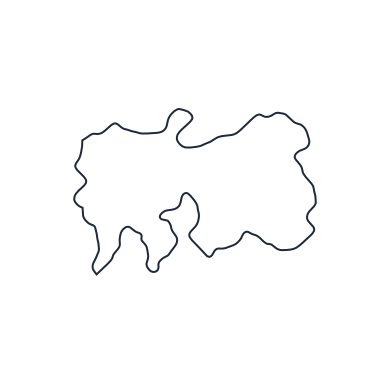 outline of Partido, Dajabón, Dominican Republic, rotated 227°
{"feature_id": "3306468B74633928052065", "entity_name": "Partido", "entity_type": "district", "adm_level": 2, "iso_a3": "DOM", "parent_name": "Dominican Republic", "parent_adm1": "Dajabón", "projection": "equal_earth", "projection_center": [-71.507, 19.499], "detail": "fine", "context": "isolated", "style": "outline", "palette": "slate", "viewbox_px": 384, "rotation_deg": 227, "n_neighbors": 0, "source": "geoboundaries", "source_scale": "gbopen_adm2", "svg_char_len": 4827}
<svg xmlns="http://www.w3.org/2000/svg" viewBox="0 0 384 384"><g transform="rotate(227 192 192)"><path d="M134.7,159.3L133.1,160.2L132.6,160.7L132.3,161.4L132.1,162.2L132.2,163.9L133.4,167.7L133.7,169.4L133.5,171.1L133.2,171.9L132.3,173.2L130.7,174.7L129.6,176.0L128.1,178.3L125.0,185.6L124.4,187.6L124.2,188.6L124.0,190.8L124.2,194.1L124.6,196.1L126.2,200.2L126.5,201.9L126.3,203.7L125.9,204.6L125.4,205.2L124.1,206.0L120.5,207.2L116.8,209.2L115.2,209.8L112.4,210.3L106.7,210.6L104.2,211.1L102.7,211.7L100.6,213.6L99.2,214.3L92.9,215.3L91.1,216.0L89.4,217.0L87.9,218.4L85.0,221.7L82.4,225.2L80.8,228.2L80.1,230.4L79.6,234.1L79.4,239.1L79.4,247.9L79.4,250.3L79.7,252.5L80.3,254.5L80.9,255.4L81.6,256.1L82.3,256.5L83.1,256.8L84.8,257.0L90.3,257.1L92.1,257.3L93.9,258.0L95.3,259.1L96.4,260.6L96.9,261.4L97.6,263.5L97.9,265.7L98.3,271.4L98.8,273.4L99.2,274.4L100.3,275.7L104.8,279.4L108.6,281.5L112.2,283.8L113.8,284.6L116.6,285.1L125.2,285.4L128.9,285.9L130.7,286.4L134.3,288.5L136.0,289.2L138.7,289.7L145.1,290.0L146.7,290.5L147.5,290.9L148.1,291.6L148.6,292.4L148.9,293.4L149.1,294.3L149.1,296.3L148.8,298.3L148.6,299.2L146.9,303.4L146.4,305.3L146.4,307.3L146.9,309.3L147.8,311.0L149.0,312.3L149.7,312.9L154.9,315.6L158.2,317.1L160.4,317.7L162.2,318.0L163.9,318.0L165.7,317.8L167.4,317.3L171.7,314.9L173.5,314.3L176.3,314.0L183.0,313.6L184.8,313.3L186.5,312.6L190.5,309.6L191.7,308.5L192.2,307.8L192.9,306.1L193.7,302.4L194.3,300.5L194.7,299.7L195.7,298.2L196.9,297.0L197.5,296.5L201.8,294.8L203.0,293.8L203.5,292.9L203.9,292.0L204.1,291.0L204.4,288.8L204.5,285.2L204.3,273.9L204.3,269.0L204.6,265.3L205.2,263.0L205.6,261.9L206.6,260.0L212.4,252.1L214.0,249.2L214.4,248.2L215.0,246.1L216.2,239.8L218.3,234.3L219.6,230.3L220.5,228.5L222.2,225.8L224.9,222.1L227.0,219.6L229.4,217.4L230.3,216.9L232.1,216.1L234.1,215.8L236.0,215.7L237.9,215.9L239.8,216.4L240.7,216.9L242.1,218.0L243.2,219.5L243.7,220.4L244.0,221.4L244.5,223.6L244.7,227.2L244.6,237.8L244.8,239.9L245.3,241.9L245.9,242.7L246.5,243.3L248.0,244.0L250.4,244.3L253.6,243.9L257.5,241.9L260.1,240.2L261.4,239.2L262.0,238.5L262.4,237.7L262.7,236.7L263.1,234.7L263.2,232.6L263.1,230.4L262.8,228.2L262.2,226.1L261.8,225.1L260.8,223.2L257.9,219.0L256.9,217.1L256.6,216.1L256.4,215.1L256.3,212.9L256.5,211.8L257.2,209.8L258.3,208.0L259.5,206.3L264.9,199.7L268.4,195.8L270.6,193.9L273.7,192.1L277.9,189.2L281.0,187.6L284.6,185.3L287.0,184.5L291.2,184.0L292.7,183.7L294.2,183.0L294.8,182.4L295.3,181.5L295.6,180.6L296.0,178.5L296.2,170.4L296.6,166.9L297.3,164.9L298.2,163.3L299.3,162.0L301.6,159.9L302.5,158.4L303.0,156.6L303.9,150.3L304.6,147.0L302.2,144.7L300.0,142.3L297.2,138.7L295.3,135.9L294.2,134.0L293.3,132.0L291.9,126.4L291.1,124.8L290.4,124.1L288.8,123.4L286.2,123.0L277.4,123.3L274.7,123.1L273.0,122.6L272.2,122.1L271.5,121.4L271.0,120.6L270.7,119.6L270.3,117.5L270.3,109.5L269.9,106.0L269.6,104.9L268.8,103.1L267.7,101.6L267.0,100.9L266.3,100.4L264.6,99.7L262.0,99.5L260.2,99.6L258.4,99.9L255.1,101.2L248.8,96.1L248.0,95.7L246.3,95.1L243.7,94.8L240.1,95.0L238.5,95.4L235.0,97.0L233.7,97.3L233.0,97.2L231.6,96.7L226.6,93.9L222.3,90.9L218.5,88.7L213.8,85.1L212.7,83.9L211.8,82.3L209.1,76.3L207.4,71.6L206.5,69.9L205.3,68.5L203.9,67.4L202.3,66.7L200.6,66.4L196.8,66.0L197.0,82.2L197.3,85.6L197.7,87.6L198.0,88.5L199.5,91.2L199.8,92.0L200.2,94.0L200.9,99.4L201.5,101.4L201.9,102.3L203.0,103.6L206.4,106.5L208.4,108.8L210.2,111.4L211.1,113.3L211.6,115.4L211.7,117.5L211.4,119.5L211.0,120.4L210.5,121.2L209.8,121.9L208.2,122.6L202.0,123.6L200.4,124.2L197.7,125.6L196.3,125.9L195.6,125.8L194.3,125.3L192.1,122.9L191.1,122.3L189.9,122.1L186.0,122.0L184.4,121.8L182.7,121.3L181.2,120.5L176.1,117.1L174.7,116.0L173.1,114.0L170.9,110.2L170.3,109.6L169.6,109.0L168.0,108.2L166.2,107.8L164.3,107.7L162.5,107.8L161.6,108.1L160.8,108.5L159.5,109.6L158.6,111.1L158.4,111.9L158.3,112.9L158.4,113.8L159.1,115.3L160.0,116.4L162.1,118.2L162.6,118.9L163.3,120.5L163.5,122.4L163.5,124.4L163.3,126.3L162.1,130.5L162.1,132.3L163.2,137.7L164.1,142.9L164.7,144.9L165.6,146.7L166.7,148.1L167.4,148.7L169.0,149.7L170.8,150.2L175.5,150.8L177.4,151.2L179.0,151.8L181.9,153.5L183.5,154.1L185.2,154.5L187.6,154.7L191.8,151.8L193.0,151.1L193.8,151.0L194.6,151.0L195.3,151.3L196.1,151.8L196.6,152.7L196.9,153.6L197.1,155.5L196.9,157.5L196.7,158.6L196.4,159.6L195.5,161.3L193.3,164.4L191.9,166.7L191.1,168.4L190.6,170.4L190.6,172.5L190.8,173.5L191.6,175.5L192.6,177.2L194.8,180.3L195.7,181.9L196.2,183.7L196.2,184.7L196.0,185.6L195.6,186.5L195.0,187.3L193.6,188.0L191.9,188.2L190.2,188.3L184.5,188.0L180.8,187.4L178.2,186.4L174.6,184.0L171.5,182.2L170.0,181.0L168.6,179.5L166.7,176.9L165.2,174.0L164.9,173.0L164.4,170.7L164.0,165.0L163.7,162.9L163.3,162.0L162.8,161.1L162.1,160.4L161.4,159.9L159.7,159.4L156.9,159.1L144.8,159.3L134.7,159.3Z" fill="none" stroke="#1e293b" stroke-width="2"/></g></svg>